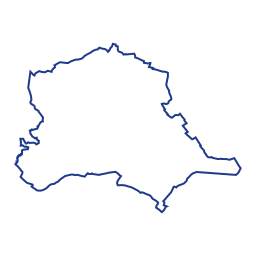 Pocola, Bihor, Romania
{"feature_id": "2599482B76351023541530", "entity_name": "Pocola", "entity_type": "district", "adm_level": 2, "iso_a3": "ROU", "parent_name": "Romania", "parent_adm1": "Bihor", "projection": "equal_earth", "projection_center": [22.281, 46.7], "detail": "fine", "context": "isolated", "style": "outline", "palette": "blue", "viewbox_px": 256, "rotation_deg": 0, "n_neighbors": 0, "source": "geoboundaries", "source_scale": "gbopen_adm2", "svg_char_len": 5730}
<svg xmlns="http://www.w3.org/2000/svg" viewBox="0 0 256 256"><path d="M162.0,212.1L164.1,210.0L165.0,208.2L165.4,207.6L166.0,206.7L166.7,206.4L164.8,205.6L163.8,205.3L164.1,204.4L164.4,202.5L163.7,201.7L163.3,201.2L163.9,200.5L164.8,199.6L167.4,196.5L167.7,196.0L168.6,195.3L168.9,195.0L169.5,193.9L170.8,192.8L171.3,191.9L171.7,190.9L172.2,190.2L173.3,187.6L173.7,186.8L174.0,186.7L174.4,186.7L176.3,187.4L176.8,186.8L177.2,186.4L177.9,185.9L178.4,185.6L179.4,185.2L183.0,183.9L184.1,183.3L186.6,180.8L186.8,180.2L187.2,178.6L189.1,176.9L191.0,174.8L192.8,173.4L196.6,172.0L236.0,174.9L238.3,172.9L240.5,168.6L240.6,168.2L238.6,165.4L234.3,158.2L230.8,159.3L230.1,159.7L229.0,159.6L227.5,159.4L226.7,159.1L221.6,159.0L221.0,158.7L218.9,159.0L217.9,159.0L212.5,157.9L211.8,157.1L210.8,157.3L209.2,157.4L208.8,157.3L207.8,156.9L207.3,156.4L206.3,155.1L206.1,154.5L205.6,153.7L205.1,153.4L204.7,152.9L204.6,152.5L204.5,152.2L204.0,150.9L203.9,150.3L203.8,150.1L202.8,149.2L201.7,147.9L201.3,147.6L200.2,146.1L200.8,145.6L195.6,137.4L193.4,138.8L192.1,139.3L186.5,134.3L185.6,133.3L187.7,131.9L182.8,125.7L186.6,123.2L184.4,120.6L184.6,119.5L182.2,116.8L180.0,113.8L178.3,115.2L175.6,114.9L172.2,117.5L171.8,117.6L171.5,117.7L171.2,117.5L169.2,116.1L167.4,114.7L167.8,114.3L167.4,113.8L166.7,112.9L166.0,112.3L164.2,110.1L165.0,109.2L164.0,108.1L163.5,106.9L162.3,105.0L161.9,104.2L161.8,103.9L163.3,103.5L164.3,103.6L166.1,104.0L167.5,103.7L168.2,103.2L168.7,101.6L169.3,100.8L171.1,99.7L171.3,99.2L171.3,98.5L170.9,96.8L170.6,95.8L169.7,94.1L169.3,92.7L169.1,91.9L169.0,91.3L169.2,90.9L166.8,86.6L166.3,84.5L166.7,82.3L167.7,77.4L167.9,76.1L167.9,72.8L166.0,72.0L164.8,71.7L162.7,71.7L157.0,69.9L154.5,69.2L152.5,69.1L152.4,68.8L152.4,68.5L152.8,67.9L150.6,67.4L149.3,67.0L149.0,67.0L150.3,63.7L150.4,63.0L149.6,63.0L148.4,63.4L147.7,63.5L145.8,63.0L145.0,63.1L143.9,62.8L143.9,61.0L142.4,60.6L140.5,59.6L137.6,58.2L135.2,57.5L135.2,56.0L134.7,54.6L134.1,53.7L125.9,54.5L125.7,54.1L124.1,54.4L123.6,54.6L122.9,53.8L122.6,53.4L122.2,52.9L121.7,52.6L121.3,52.4L119.8,51.9L118.9,51.6L118.4,51.2L117.8,49.8L117.8,46.4L115.9,46.0L115.8,45.6L115.8,45.1L115.7,44.5L112.8,43.9L112.2,45.9L111.8,46.6L111.2,47.4L110.4,48.0L109.9,49.5L109.5,49.7L109.1,50.1L109.1,50.8L108.2,51.6L107.9,51.8L107.2,50.8L106.7,50.2L105.8,49.5L104.9,49.1L102.6,48.7L99.4,47.7L98.9,48.3L98.5,48.3L98.0,49.3L95.8,49.7L93.8,50.5L91.8,51.7L90.3,52.8L86.7,54.6L85.4,55.5L84.5,56.0L84.2,56.2L83.3,57.3L81.9,58.5L81.1,58.8L78.3,59.5L75.6,59.7L73.9,60.2L73.2,60.5L70.6,61.5L68.1,63.0L66.6,63.0L60.8,62.3L59.6,62.4L58.2,63.2L56.9,63.8L55.1,65.1L54.5,65.3L54.9,66.3L54.9,66.8L54.8,67.6L53.6,68.2L52.0,70.3L51.8,70.9L51.6,71.8L47.7,70.8L45.0,72.3L41.6,71.9L39.1,71.1L38.0,71.9L35.6,73.2L34.4,75.5L33.5,75.0L32.4,73.8L30.4,71.7L28.2,87.9L29.5,91.0L31.0,96.1L31.4,99.9L30.3,102.0L30.3,102.3L31.2,103.9L31.6,104.0L31.9,104.3L32.2,104.5L33.8,105.4L34.3,105.9L34.6,106.4L34.7,107.1L34.9,108.3L35.2,108.8L35.4,109.1L36.1,109.6L36.4,109.7L36.6,109.7L37.4,110.1L37.7,110.5L38.4,110.9L38.6,111.1L38.7,111.8L39.0,112.2L39.6,112.9L42.4,116.7L42.9,117.2L42.9,117.7L42.8,118.3L42.9,118.9L42.6,120.2L42.8,121.4L42.5,121.4L42.2,121.3L40.9,122.1L40.7,122.3L40.5,122.6L40.1,122.8L39.8,123.3L39.6,123.9L39.3,124.5L38.8,125.2L38.5,125.6L37.9,126.1L37.6,126.3L38.2,126.9L37.9,127.5L37.0,128.9L36.3,128.7L35.9,128.9L35.4,129.1L32.0,130.1L31.7,129.5L30.2,130.4L29.8,130.8L30.0,131.0L30.3,131.5L30.3,132.0L30.3,133.4L31.0,134.4L31.9,135.9L32.3,136.4L34.3,137.8L34.9,138.3L35.3,138.1L36.7,137.7L36.8,138.5L36.7,139.4L38.2,140.4L38.9,141.0L38.6,141.8L38.6,142.3L38.8,143.0L38.6,143.2L37.9,143.5L37.3,143.9L36.3,144.4L35.5,143.3L34.9,143.0L34.2,142.8L33.1,142.7L31.5,142.8L29.5,142.9L28.6,142.6L28.1,142.3L27.2,143.1L26.6,143.4L26.0,143.6L24.8,142.1L24.3,140.8L23.8,140.4L23.3,138.8L20.4,138.8L20.8,141.2L21.0,141.7L20.9,142.1L20.9,143.0L21.0,144.5L20.7,145.6L21.5,145.5L22.4,145.3L23.1,145.6L23.2,145.9L25.0,146.8L25.6,146.8L26.2,146.6L27.7,147.2L28.3,147.3L28.3,147.9L28.0,148.6L27.7,149.3L27.2,149.2L26.4,149.2L25.6,149.5L23.5,149.6L22.1,150.2L21.9,150.7L22.1,151.6L22.0,152.4L22.1,152.9L21.9,154.5L21.4,154.7L21.2,154.2L20.8,154.0L20.1,154.8L20.5,155.1L20.5,155.4L20.3,155.6L20.1,155.7L19.8,155.7L19.5,155.5L19.3,155.2L19.1,155.1L18.1,156.1L18.4,156.5L18.3,157.0L18.1,157.2L17.6,156.8L17.1,158.1L17.6,159.0L17.4,159.2L17.6,160.3L17.5,160.5L17.7,160.8L17.4,161.8L17.1,162.0L16.7,161.9L16.9,162.5L16.8,162.8L16.5,163.1L15.6,163.6L15.4,163.9L15.4,164.1L15.6,164.4L15.6,164.5L15.9,164.7L17.8,166.4L19.4,168.3L19.8,168.7L20.2,169.1L21.1,170.7L21.9,171.2L22.3,171.6L22.4,171.9L22.4,172.9L22.3,173.5L20.6,176.9L22.9,179.2L24.5,180.7L27.1,182.9L32.4,184.5L32.8,185.4L32.6,185.7L31.6,186.6L33.7,188.1L35.2,189.0L36.6,190.2L38.2,190.6L40.8,190.6L42.9,190.1L45.6,188.7L47.2,187.6L48.7,185.9L50.9,184.4L51.5,184.2L53.3,184.0L54.6,183.7L56.3,182.4L57.6,181.9L58.5,181.3L58.8,180.8L60.9,178.9L65.2,176.0L71.0,174.6L72.4,174.5L75.3,175.1L77.4,174.8L81.3,175.9L84.7,176.6L86.7,174.3L87.8,173.3L88.3,173.9L91.0,174.0L91.4,173.9L91.7,173.5L91.9,173.4L92.3,173.7L92.8,174.0L96.9,174.6L99.5,174.9L99.9,174.6L106.0,173.4L108.9,172.7L114.0,172.0L115.3,171.8L116.8,172.7L118.4,173.9L119.4,175.1L121.0,176.1L118.6,179.5L117.4,181.5L117.1,182.7L117.4,184.6L118.0,185.3L121.8,185.1L125.0,185.4L127.8,186.3L130.8,187.1L132.5,187.8L137.6,190.5L138.4,191.0L140.6,192.9L141.7,192.3L143.7,192.8L144.9,193.4L146.9,194.3L148.5,194.8L149.6,195.3L150.3,195.8L151.0,196.5L151.6,197.2L151.9,197.9L152.7,198.8L155.0,200.1L155.9,200.7L158.1,202.5L158.1,203.1L157.9,203.7L156.4,205.8L156.4,207.0L156.1,207.6L156.7,207.9L157.6,208.7L158.8,209.4L160.6,211.0L161.2,211.7L162.0,212.1Z" fill="none" stroke="#1e3a8a" stroke-width="2"/></svg>